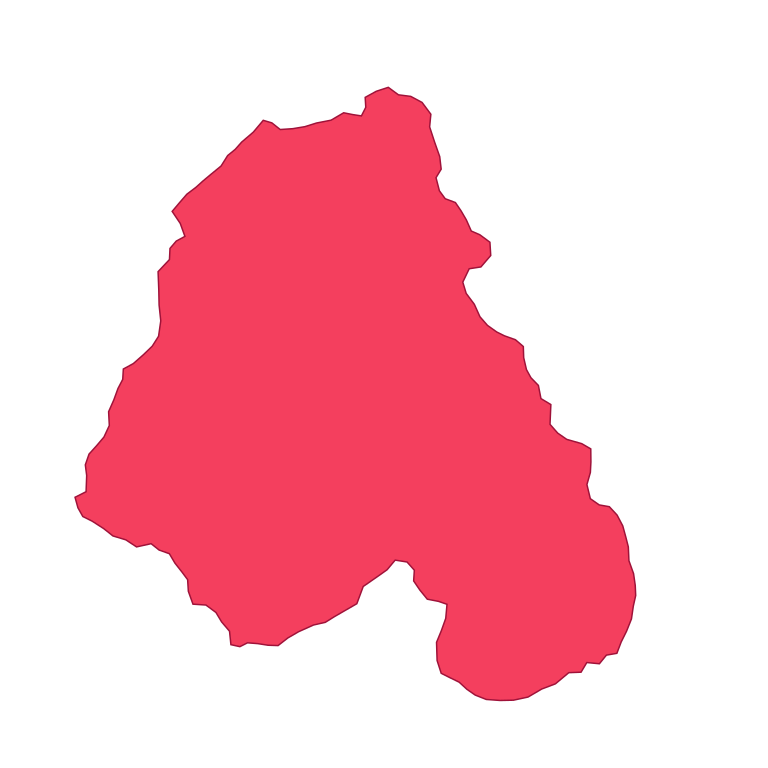 Visconde do Rio Branco, Minas Gerais, Brazil (Robinson projection), rotated 190°
{"feature_id": "56859067B8561147773652", "entity_name": "Visconde do Rio Branco", "entity_type": "district", "adm_level": 2, "iso_a3": "BRA", "parent_name": "Brazil", "parent_adm1": "Minas Gerais", "projection": "robinson", "projection_center": [-42.844, -21.023], "detail": "fine", "context": "isolated", "style": "filled", "palette": "rose", "viewbox_px": 768, "rotation_deg": 190, "n_neighbors": 0, "source": "geoboundaries", "source_scale": "gbopen_adm2", "svg_char_len": 2251}
<svg xmlns="http://www.w3.org/2000/svg" viewBox="0 0 768 768"><g transform="rotate(190 384 384)"><path d="M169.1,356.0L178.9,359.6L194.4,361.2L204.4,365.8L213.5,373.1L216.1,392.7L226.9,396.9L231.7,409.4L240.4,415.7L246.2,422.9L251.0,434.2L253.3,445.1L262.2,450.4L273.9,452.4L282.0,454.8L292.3,459.7L301.2,466.9L308.9,478.2L318.8,487.5L324.1,498.0L320.1,512.3L308.9,516.1L301.2,529.1L304.3,542.0L315.5,547.6L324.6,549.8L331.4,559.9L338.1,567.8L345.2,575.1L355.9,577.1L363.0,583.9L368.6,596.2L365.0,605.5L368.6,617.6L376.1,630.9L383.7,645.1L384.7,657.8L395.4,667.9L407.6,671.9L420.0,671.3L431.3,676.9L442.5,670.9L452.3,663.0L450.0,653.3L452.8,644.1L461.4,643.9L470.8,644.1L482.0,634.6L495.8,629.3L506.6,623.7L518.2,619.6L530.4,616.6L539.8,621.7L548.7,622.7L556.4,609.4L566.2,597.5L571.3,589.2L577.6,581.9L582.3,570.4L590.8,560.5L597.7,552.3L603.4,545.0L611.1,536.7L616.9,527.0L622.6,517.2L612.5,506.7L605.7,494.8L613.4,488.7L618.3,480.4L616.9,469.3L626.0,455.4L622.0,436.9L619.2,422.7L614.8,407.4L614.3,391.9L618.8,381.0L626.0,371.1L634.4,360.6L643.3,353.5L642.1,343.2L645.2,333.4L647.3,321.5L650.4,308.9L647.3,295.4L650.6,283.1L656.4,273.2L662.3,263.8L664.1,252.5L660.9,242.2L658.7,226.2L668.6,218.8L663.9,208.9L657.6,201.2L647.5,198.2L634.9,192.9L624.6,187.3L611.2,185.7L599.4,180.6L585.6,186.3L576.6,181.4L565.9,179.6L558.7,171.2L550.5,163.9L543.4,157.2L540.7,145.9L533.9,134.0L521.0,135.4L509.8,129.8L502.6,121.5L493.2,113.7L489.5,100.7L480.3,100.3L473.5,105.4L463.2,106.4L452.8,106.6L442.9,108.0L434.5,117.3L425.1,125.2L411.6,134.4L400.4,139.1L392.4,146.3L383.7,153.6L372.6,162.9L369.3,181.0L357.3,192.9L348.7,201.6L342.4,212.5L330.4,212.7L321.8,205.9L320.6,195.2L312.9,187.3L304.0,179.6L292.6,179.4L283.7,178.0L282.5,163.9L284.7,151.0L287.4,138.7L283.7,120.9L277.4,109.0L267.3,106.0L258.2,103.4L249.3,97.7L240.2,93.5L228.5,91.1L214.7,92.5L201.6,95.1L187.8,100.7L175.7,111.0L163.1,118.5L151.9,131.8L139.9,134.4L135.9,144.9L123.3,145.9L117.9,155.6L107.9,159.2L105.6,171.2L102.2,182.7L99.5,195.6L99.9,208.5L99.4,219.4L101.6,229.3L105.3,240.6L112.1,252.5L115.1,266.0L119.3,275.3L124.2,285.7L131.7,295.4L140.8,302.3L151.1,302.3L160.9,306.9L166.7,320.2L165.4,332.8L166.7,343.2L169.1,356.0Z" fill="#f43f5e" stroke="#9f1239" stroke-width="1.5"/></g></svg>